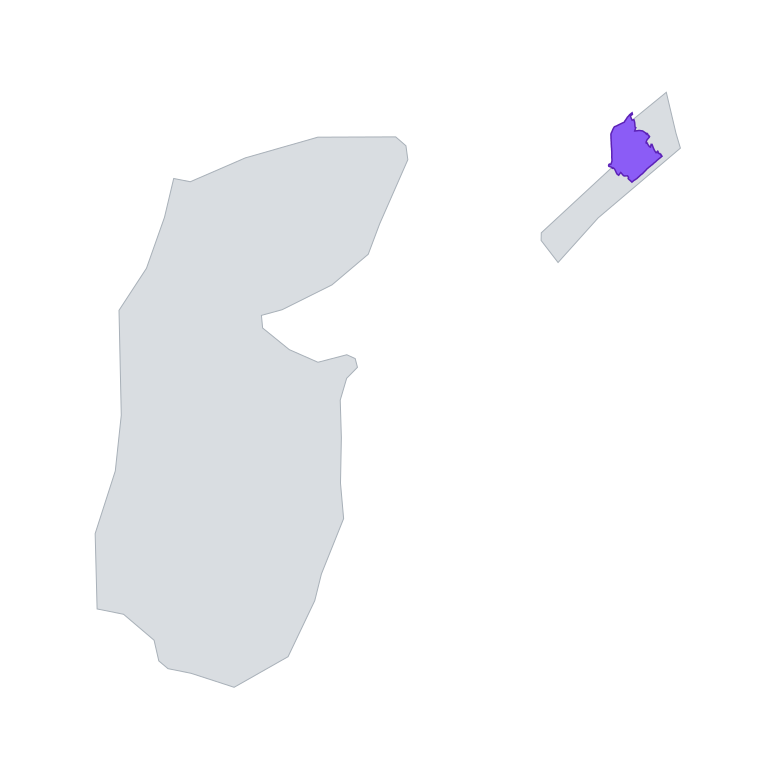 Khan Yunis, Gaza Strip, Palestine shown in context, rotated 185°
{"feature_id": "87354302B21422506618890", "entity_name": "Khan Yunis", "entity_type": "district", "adm_level": 2, "iso_a3": "PSE", "parent_name": "Palestine", "parent_adm1": "Gaza Strip", "projection": "robinson", "projection_center": [34.31, 31.33], "detail": "fine", "context": "in_parent", "style": "filled", "palette": "violet", "viewbox_px": 768, "rotation_deg": 185, "n_neighbors": 0, "source": "geoboundaries", "source_scale": "gbopen_adm2", "svg_char_len": 5546}
<svg xmlns="http://www.w3.org/2000/svg" viewBox="0 0 768 768"><g transform="rotate(185 384 384)"><path d="M650.2,134.9L658.7,209.8L644.1,273.9L643.0,330.0L654.4,434.3L630.7,478.6L617.2,530.9L611.4,570.4L594.6,568.6L541.8,597.2L471.5,624.1L393.9,631.2L382.9,623.2L379.8,609.5L402.3,543.1L411.0,511.9L444.5,478.2L492.0,449.1L512.1,441.7L509.8,429.2L481.4,410.0L451.7,399.9L423.6,409.9L414.9,406.8L411.9,398.3L421.7,386.4L426.2,364.1L421.8,326.8L418.7,281.4L412.5,246.4L429.8,189.3L434.1,162.1L455.8,104.0L506.9,68.8L551.1,79.0L574.4,81.6L584.2,88.5L590.7,108.7L623.4,131.9L650.2,134.9ZM221.2,520.2L240.0,540.7L240.5,548.3L170.2,625.8L169.5,659.0L128.2,699.2L115.0,659.3L109.3,644.8L185.1,568.2L221.2,520.2Z" fill="#d9dde1" stroke="#a8b0b8" stroke-width="1"/><path d="M160.5,675.8L161.1,675.3L161.8,674.6L162.3,674.1L162.7,673.8L163.3,672.9L163.7,672.3L164.1,671.8L164.5,671.3L164.8,671.0L165.0,670.5L165.8,669.0L166.1,668.4L166.4,667.9L166.7,667.5L166.9,667.2L167.1,666.6L167.4,665.8L168.2,665.4L169.4,664.7L171.9,663.2L172.6,662.8L173.9,662.0L175.1,661.2L176.1,660.8L176.9,660.3L177.1,660.0L177.7,658.8L178.3,657.3L178.7,655.9L178.9,655.4L179.0,655.0L179.1,654.7L179.3,654.2L179.5,653.8L179.6,653.3L179.7,652.8L179.7,652.1L179.5,650.7L179.4,649.9L179.3,648.5L179.1,647.7L179.0,646.5L178.8,645.3L178.6,644.0L178.6,643.3L178.3,641.5L178.1,639.9L177.8,638.5L177.7,637.6L177.6,636.9L177.4,635.7L177.3,635.0L177.2,633.7L177.0,631.7L176.9,630.0L176.8,629.1L176.6,628.3L176.5,627.5L176.4,626.8L176.4,626.3L176.4,626.1L176.4,625.7L176.5,625.2L176.6,624.6L176.7,624.3L176.8,624.1L176.9,623.6L176.9,623.3L177.0,623.1L177.1,622.8L177.2,622.6L177.4,622.5L177.5,622.5L178.1,622.7L178.2,622.8L178.4,622.8L178.8,622.6L179.0,622.4L179.1,622.2L179.2,621.9L179.1,621.7L179.0,621.3L179.0,621.2L179.3,620.8L179.5,620.6L179.7,620.4L179.6,620.5L179.3,620.5L179.2,620.5L178.9,620.4L178.6,620.4L178.4,620.3L178.0,620.2L177.4,620.1L177.1,620.0L176.8,619.9L176.5,619.8L176.2,619.8L176.1,619.7L175.3,618.7L175.2,618.7L175.0,618.8L174.9,618.8L174.7,619.3L174.3,619.1L174.0,619.0L173.8,618.8L173.6,618.7L173.3,618.4L173.0,618.1L172.8,617.9L172.7,617.7L172.5,617.4L172.3,617.0L172.2,616.9L171.9,616.4L171.7,616.0L171.3,615.3L170.6,614.1L170.3,613.7L170.2,613.5L170.0,613.4L169.9,613.3L169.8,613.2L169.6,613.1L168.8,612.6L168.6,612.5L168.4,612.4L168.1,613.0L167.7,613.5L167.5,613.9L167.4,614.1L167.2,614.5L166.9,614.8L166.7,615.1L166.6,615.3L166.1,614.9L165.7,614.5L165.4,614.2L165.2,614.1L165.3,614.1L165.1,613.9L164.9,613.7L164.3,613.1L163.9,612.7L163.7,612.6L163.4,612.4L163.0,612.3L162.9,612.2L162.7,612.2L162.4,612.2L161.8,612.3L161.2,612.4L160.3,612.5L159.5,612.6L158.4,611.2L158.7,610.1L158.3,609.5L157.6,609.0L157.4,608.8L157.1,608.6L156.6,608.3L156.5,608.2L155.0,607.0L154.7,606.8L154.6,606.7L154.5,606.8L153.8,607.5L153.5,607.8L153.1,608.3L152.9,608.5L152.6,608.7L152.3,608.9L152.0,609.1L151.7,609.3L151.5,609.5L151.4,609.6L151.1,609.8L150.8,610.1L150.4,610.4L150.1,610.6L149.9,610.8L149.7,611.0L149.5,611.3L149.4,611.5L149.2,611.7L149.0,611.8L148.9,612.0L148.6,612.2L148.4,612.5L148.1,612.8L147.9,613.0L147.6,613.3L147.2,613.8L146.9,614.2L146.6,614.4L146.4,614.6L146.3,614.8L146.0,615.1L145.7,615.4L145.3,615.6L145.0,615.9L144.8,616.1L144.6,616.3L144.2,616.9L143.8,617.3L143.0,618.4L142.5,618.9L142.1,619.4L141.7,619.9L141.2,620.6L140.8,621.2L140.6,621.4L140.1,621.9L139.6,622.3L139.1,622.9L138.4,623.6L138.1,623.8L137.9,624.0L137.5,624.4L137.3,624.6L137.1,624.9L136.8,625.2L136.5,625.4L136.1,625.7L135.9,625.9L135.7,626.1L135.2,626.6L134.6,627.3L134.1,627.9L133.4,628.5L132.5,629.4L131.7,630.4L130.9,631.2L130.2,631.9L129.7,632.4L129.2,632.8L128.9,633.1L128.3,633.7L127.9,634.1L127.7,634.3L127.5,634.5L127.2,634.9L126.9,635.1L127.1,635.4L127.2,635.2L127.5,635.5L127.8,635.8L127.9,636.0L128.2,636.3L128.3,636.5L128.2,636.7L128.2,636.8L128.3,636.8L128.5,637.0L128.8,637.1L129.0,637.4L129.1,637.5L129.3,637.4L129.5,637.4L129.5,637.5L129.8,637.5L130.2,637.6L130.4,637.7L131.1,638.1L131.0,638.3L130.8,638.6L131.1,639.1L131.6,639.8L133.1,638.1L134.2,639.3L135.4,641.1L136.5,643.2L137.9,646.1L138.0,646.1L138.2,645.7L138.3,645.5L138.8,645.8L138.9,645.3L139.0,644.4L139.2,643.2L139.7,643.3L140.3,643.8L140.5,643.8L140.7,644.1L140.8,644.2L141.0,644.5L141.6,645.1L141.8,645.4L142.1,645.8L142.3,646.0L142.5,646.3L142.6,646.6L142.8,646.7L142.8,646.8L143.0,646.8L142.8,647.0L143.3,647.3L144.0,647.7L143.9,648.0L143.8,648.5L143.7,648.7L143.7,648.8L143.5,649.4L143.3,650.0L143.1,650.4L143.1,650.5L142.9,650.7L142.8,650.8L142.7,651.0L142.2,651.6L142.0,651.9L141.5,652.7L141.3,652.9L141.2,653.3L141.0,653.6L141.1,653.8L141.3,653.9L141.4,654.0L141.5,654.0L141.7,654.3L141.8,654.2L142.6,655.1L142.8,655.4L142.9,655.5L143.0,655.7L143.1,656.0L143.3,656.2L143.7,656.5L144.0,656.7L144.3,656.9L144.4,657.0L144.5,657.1L144.4,656.9L144.4,656.7L144.4,656.4L144.4,656.2L144.5,655.9L145.1,656.5L145.3,656.8L145.5,657.0L145.8,657.2L146.0,657.3L146.9,657.8L147.0,657.9L147.3,658.0L147.7,658.3L148.0,658.4L148.1,658.5L148.3,658.6L148.5,658.6L148.9,658.7L149.1,658.7L149.9,658.7L151.1,658.8L151.8,658.8L152.2,658.8L153.1,658.5L153.7,658.4L155.6,658.0L156.0,658.0L156.2,657.9L156.3,657.9L156.1,658.7L156.0,659.5L155.8,660.1L155.8,660.4L155.6,661.0L155.5,661.3L155.8,661.4L155.9,661.5L156.0,661.6L156.2,661.8L156.3,661.9L156.3,662.0L156.4,662.4L156.6,663.5L156.6,663.8L156.7,664.0L156.7,664.5L156.8,664.9L157.1,666.5L157.3,667.0L157.5,667.6L157.9,668.6L158.1,669.1L159.8,668.4L161.3,671.1L161.9,672.6L160.0,674.2L160.0,674.3L160.5,675.8Z" fill="#8b5cf6" stroke="#5b21b6" stroke-width="1.5"/></g></svg>